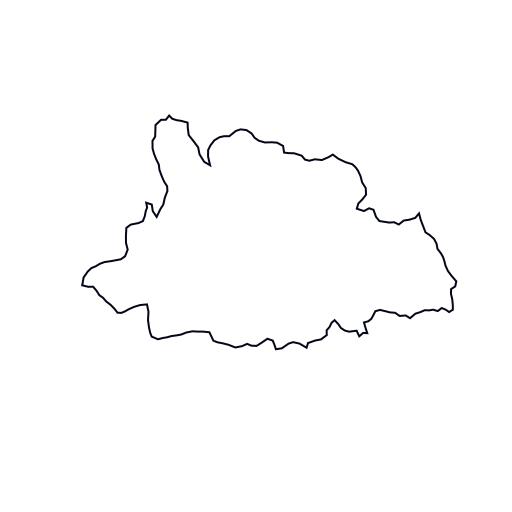 Altair, São Paulo, Brazil, rotated 321°
{"feature_id": "56859067B81841390348635", "entity_name": "Altair", "entity_type": "district", "adm_level": 2, "iso_a3": "BRA", "parent_name": "Brazil", "parent_adm1": "São Paulo", "projection": "mercator", "projection_center": [-49.094, -20.533], "detail": "fine", "context": "isolated", "style": "outline", "palette": "ink", "viewbox_px": 512, "rotation_deg": 321, "n_neighbors": 0, "source": "geoboundaries", "source_scale": "gbopen_adm2", "svg_char_len": 2738}
<svg xmlns="http://www.w3.org/2000/svg" viewBox="0 0 512 512"><g transform="rotate(321 256 256)"><path d="M276.9,92.2L271.7,93.4L267.9,90.4L260.3,91.0L255.6,96.5L252.7,99.8L248.0,101.4L243.3,107.3L241.1,112.3L239.4,117.7L238.0,123.8L235.2,128.2L233.1,134.3L231.4,140.3L230.8,145.9L228.1,149.7L222.0,153.2L216.3,157.7L211.4,159.3L203.4,163.1L204.0,156.2L207.4,150.4L204.2,145.5L202.0,149.7L198.5,151.8L194.6,155.1L190.0,157.7L185.3,156.4L178.5,152.8L173.0,152.5L167.5,158.6L163.2,164.0L160.3,170.3L154.1,173.8L148.9,173.5L140.2,168.8L134.5,165.4L129.8,163.8L124.8,163.1L120.6,161.8L115.4,162.2L108.5,164.2L102.5,169.4L106.2,174.3L110.1,177.4L110.2,182.8L109.6,187.9L110.8,192.0L111.0,197.2L112.3,202.5L112.8,208.0L112.7,212.9L115.6,215.5L119.4,216.6L123.6,217.3L129.2,218.8L135.1,221.2L140.8,225.0L137.4,231.6L131.7,237.9L127.8,244.3L125.4,249.2L124.2,253.0L127.4,259.0L131.8,261.0L135.9,263.3L139.9,265.0L144.3,267.7L148.5,270.0L153.7,271.6L159.2,274.5L163.4,278.3L167.2,281.4L171.8,285.9L170.7,290.4L169.6,295.0L171.8,298.9L174.7,302.3L178.7,307.6L182.4,314.1L188.5,317.3L193.8,318.7L196.0,322.8L199.8,326.2L205.6,326.9L212.8,327.5L215.8,332.3L214.5,336.4L212.8,341.0L218.0,344.0L226.2,344.6L230.6,346.3L234.6,351.3L237.6,359.1L241.6,356.4L248.8,358.9L253.9,361.7L261.2,362.0L264.1,358.2L268.3,357.5L272.7,355.5L276.7,355.3L277.1,360.9L276.7,365.4L278.1,369.8L280.7,373.4L287.2,377.4L285.7,383.4L290.9,383.2L293.9,386.0L295.9,380.7L298.1,375.6L302.2,377.4L306.0,377.4L309.6,376.0L314.0,374.0L318.4,375.9L322.1,380.7L324.5,384.0L328.4,387.7L329.9,393.0L334.9,396.4L336.6,401.3L343.5,401.1L348.3,403.0L353.0,404.3L356.3,407.2L359.9,409.2L362.6,413.2L367.6,413.3L369.7,417.2L370.8,421.1L375.2,421.6L378.3,417.7L381.5,412.7L383.7,408.1L386.8,404.5L391.7,405.0L395.7,401.8L395.5,394.4L395.7,388.6L397.2,382.7L399.1,378.7L400.7,374.5L401.4,370.3L401.5,364.7L404.1,360.0L405.1,354.8L404.1,348.8L402.6,344.3L405.5,335.4L407.0,331.0L409.5,325.5L403.7,326.6L398.0,324.3L393.1,321.4L386.8,321.4L384.6,316.7L380.6,313.9L373.9,306.5L373.9,301.1L376.4,294.0L373.9,290.1L368.2,289.0L364.1,282.7L368.6,279.6L374.5,278.9L380.1,277.6L384.0,272.3L384.8,265.6L387.5,259.7L389.0,253.7L389.2,249.6L388.6,245.3L384.6,239.4L381.2,232.2L379.5,225.5L374.8,224.9L367.6,222.9L362.6,217.9L357.5,215.6L354.7,211.9L354.7,206.9L350.3,200.2L345.9,196.4L342.9,193.3L346.3,187.5L343.7,181.2L339.9,177.6L334.4,173.4L330.8,168.3L329.3,163.4L329.7,158.0L327.8,152.1L323.7,147.9L319.0,146.1L310.6,146.1L306.6,142.8L302.3,140.7L296.4,139.9L290.1,141.4L285.5,143.5L281.3,148.6L277.4,156.6L275.0,150.2L276.1,141.4L279.4,135.2L279.7,128.2L279.8,119.7L283.6,113.5L286.8,109.3L282.9,103.9L279.8,100.5L277.3,96.7L276.9,92.2Z" fill="none" stroke="#020617" stroke-width="2"/></g></svg>